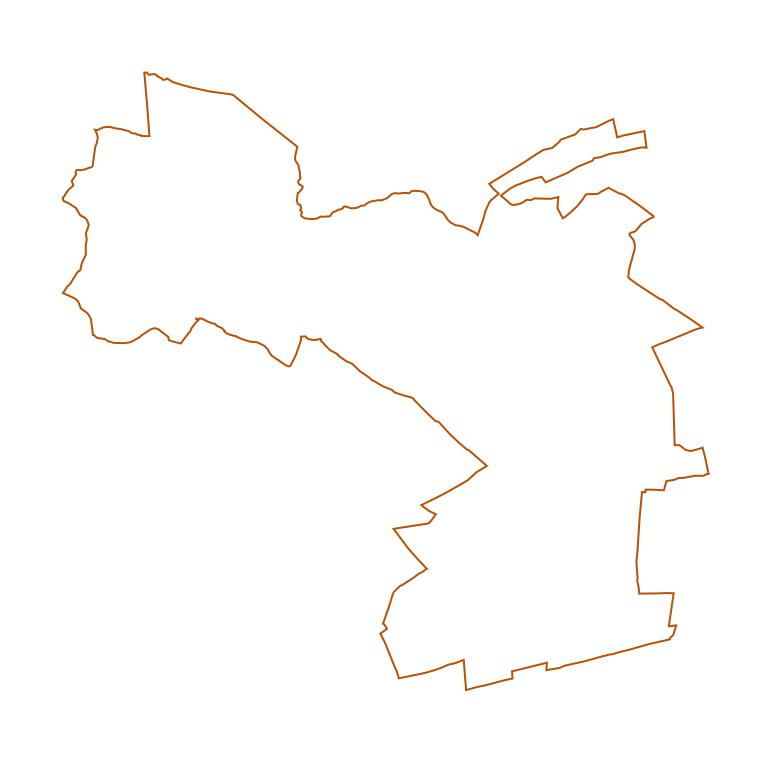 Horlesti, Iasi, Romania (orthographic projection), rotated 92°
{"feature_id": "2599482B24639761167340", "entity_name": "Horlesti", "entity_type": "district", "adm_level": 2, "iso_a3": "ROU", "parent_name": "Romania", "parent_adm1": "Iasi", "projection": "orthographic", "projection_center": [27.382, 47.099], "detail": "fine", "context": "isolated", "style": "outline", "palette": "amber", "viewbox_px": 768, "rotation_deg": 92, "n_neighbors": 0, "source": "geoboundaries", "source_scale": "gbopen_adm2", "svg_char_len": 6105}
<svg xmlns="http://www.w3.org/2000/svg" viewBox="0 0 768 768"><g transform="rotate(92 384 384)"><path d="M629.2,89.3L628.2,89.5L624.8,86.2L615.1,83.6L615.2,85.2L616.0,89.0L616.1,90.9L583.0,87.2L583.1,94.5L583.7,102.5L584.6,121.6L577.9,122.5L572.0,124.0L568.5,123.8L553.0,125.6L543.5,124.9L507.4,123.8L483.0,122.4L483.1,119.1L480.5,118.9L480.2,110.4L480.4,106.5L480.4,100.6L471.2,98.4L469.6,90.4L467.8,86.7L467.5,85.5L467.5,82.1L466.5,77.3L466.2,76.9L465.7,73.0L464.9,71.2L464.6,61.2L463.8,60.6L463.4,59.6L462.5,57.2L462.5,56.5L445.9,60.6L436.4,63.4L436.9,64.2L440.0,73.9L440.2,76.3L439.3,80.3L434.8,86.6L434.9,91.4L384.0,94.7L381.7,95.2L376.6,96.8L376.3,97.3L338.0,117.2L334.7,110.6L332.2,104.3L319.2,75.8L317.7,72.0L316.5,67.7L309.6,78.1L300.4,93.2L298.6,96.9L290.5,108.2L289.9,109.4L289.6,111.1L275.4,134.6L271.3,140.6L269.6,142.9L268.7,143.6L261.5,143.2L240.8,138.3L236.6,138.1L232.7,139.1L230.5,140.4L226.8,143.7L225.2,143.8L224.1,142.2L223.3,139.7L222.3,137.8L215.2,132.4L210.3,125.5L207.8,120.4L207.0,120.5L206.4,121.2L198.1,132.9L186.9,150.3L185.4,154.3L185.5,155.3L180.1,166.5L184.4,174.0L186.1,176.2L186.7,178.0L187.2,187.7L188.0,189.1L189.1,190.0L192.0,191.5L199.6,197.1L206.3,203.9L210.3,208.4L212.2,211.1L202.2,216.8L191.1,216.3L193.1,223.9L193.3,239.8L193.6,241.1L195.1,243.4L194.9,247.6L196.2,249.8L197.3,250.8L198.4,252.9L199.5,255.7L200.5,259.9L200.3,262.5L199.7,264.0L197.1,266.8L191.8,273.7L184.5,265.2L181.1,259.4L175.7,246.8L172.6,238.1L171.5,233.6L176.8,229.6L176.7,229.2L166.6,208.0L160.1,198.0L153.5,183.3L151.3,182.3L150.8,181.1L149.8,175.7L147.0,168.9L145.8,165.2L143.6,153.0L141.0,144.6L138.6,135.2L138.5,131.8L138.7,129.9L122.2,132.6L127.1,152.8L129.4,159.5L111.4,164.2L112.5,167.1L120.0,181.2L122.7,193.4L122.2,196.3L127.9,201.6L133.7,216.1L135.5,216.9L141.9,223.7L142.3,224.4L144.4,232.6L148.7,239.3L157.4,251.4L180.3,285.8L185.0,281.7L189.8,276.0L196.8,283.6L199.2,285.3L207.5,288.6L216.1,290.6L232.0,295.6L230.3,297.2L229.4,298.6L224.0,310.4L223.0,315.5L223.0,317.6L220.7,322.3L219.6,323.9L217.3,326.2L211.3,330.6L209.7,333.2L208.5,336.5L206.8,339.7L204.9,342.1L201.4,344.2L198.6,345.1L193.8,347.6L191.7,349.5L190.6,351.4L190.2,353.3L189.9,357.7L189.8,359.9L190.4,363.2L190.6,363.7L192.4,365.2L192.6,365.9L192.3,368.3L192.4,372.2L193.0,374.4L193.1,377.5L192.8,379.3L193.5,381.9L194.1,383.0L198.2,387.5L199.9,391.3L200.5,393.3L200.6,397.0L201.3,399.3L201.4,401.3L201.7,402.3L203.3,406.1L206.4,410.2L206.7,413.2L208.8,417.0L209.6,422.4L209.4,423.9L208.3,426.7L208.0,430.0L208.3,430.5L209.6,431.2L210.8,432.8L211.4,435.9L212.7,437.8L214.4,441.4L217.7,443.5L218.5,444.8L218.5,446.5L219.0,449.9L218.8,452.7L220.9,456.7L221.6,460.2L221.7,463.4L221.2,468.9L219.4,472.1L218.9,472.5L217.4,472.7L215.1,472.0L213.2,473.8L211.6,472.9L208.9,473.5L207.7,474.2L207.7,475.7L207.1,476.4L203.7,477.5L196.0,476.8L195.6,475.7L191.6,472.6L189.8,472.1L189.0,472.6L187.5,475.7L186.2,476.5L184.3,476.8L182.0,475.1L181.1,474.7L177.9,475.4L175.8,475.3L170.6,476.8L168.4,477.1L163.7,480.4L162.3,480.8L159.4,480.7L149.9,478.9L123.4,514.9L100.5,544.7L99.7,548.1L97.7,568.6L94.3,587.2L92.3,595.8L89.7,605.5L86.3,611.3L87.4,613.5L87.8,615.4L86.4,616.8L84.5,620.9L83.2,622.0L82.7,623.6L82.2,624.1L82.6,627.1L83.3,629.5L83.1,630.1L81.0,631.8L81.2,634.4L115.8,630.2L144.4,627.1L144.7,630.2L144.4,635.4L144.0,635.4L143.6,636.8L143.4,639.5L142.3,640.9L142.3,643.7L141.9,645.2L140.0,648.3L139.7,649.7L139.6,651.2L138.6,654.8L137.9,661.1L136.7,667.0L136.8,670.4L137.4,673.7L140.4,679.5L140.0,681.7L143.9,679.7L147.7,678.6L153.9,679.6L155.9,680.5L159.3,681.1L176.0,682.8L177.2,683.5L177.6,684.2L179.1,688.6L180.0,690.4L180.9,694.6L180.7,697.1L181.0,698.8L182.9,699.5L185.9,699.2L191.5,702.9L192.4,703.1L196.0,701.4L197.0,701.7L200.2,705.4L203.4,707.9L207.6,710.1L209.0,711.5L210.2,711.4L212.3,710.5L214.5,705.2L219.0,697.9L225.5,693.8L226.2,693.0L228.2,689.0L229.2,687.8L231.2,686.2L235.0,684.7L237.8,685.2L243.7,687.2L250.0,686.1L255.6,686.9L265.2,686.5L274.1,690.3L280.4,691.4L281.2,691.9L283.2,694.5L293.9,700.5L296.3,702.2L297.5,703.8L304.4,708.0L308.6,697.5L309.9,695.1L312.3,692.5L319.0,689.6L323.6,682.9L324.5,682.1L328.9,679.3L330.5,678.9L345.1,676.6L345.3,675.7L347.7,672.6L348.1,671.5L348.2,668.9L348.7,667.0L348.6,665.0L351.2,660.6L351.6,658.0L352.3,655.9L352.3,645.2L351.3,639.8L349.7,636.3L345.6,629.7L343.7,627.8L337.8,619.5L336.2,615.5L336.9,611.8L344.4,601.4L347.8,600.4L349.1,595.6L350.6,588.4L344.8,584.6L341.5,581.9L340.0,581.2L337.8,579.3L335.1,578.4L329.2,574.2L326.7,571.8L325.6,573.9L325.1,573.9L325.9,571.3L325.7,570.8L324.8,570.2L325.3,567.6L327.9,562.2L329.3,557.9L329.6,555.8L330.2,554.4L331.4,553.6L333.9,547.9L334.7,546.8L335.7,545.9L336.9,545.5L336.9,544.9L337.5,544.9L339.4,542.2L340.9,536.6L341.3,533.6L342.0,532.9L342.6,531.6L342.7,530.2L343.6,529.1L346.0,520.8L346.4,518.8L346.7,512.4L350.0,504.9L353.8,501.0L356.2,499.9L359.5,497.3L363.3,491.7L363.6,490.5L364.8,489.1L368.8,482.7L369.7,479.7L369.5,478.8L368.8,478.0L357.6,472.9L343.2,468.5L339.6,468.7L339.2,464.2L341.8,461.3L342.5,455.0L341.1,448.8L342.8,448.5L347.6,443.9L352.1,439.0L355.8,431.5L356.8,431.2L362.5,422.7L364.8,416.6L371.9,408.7L378.4,398.6L380.4,396.5L381.9,393.1L386.2,385.3L389.7,375.6L391.6,373.7L392.5,371.8L394.7,364.1L396.3,356.8L397.3,354.4L399.3,352.8L411.7,339.8L419.3,331.2L419.7,328.3L432.2,316.0L440.8,306.2L446.6,298.8L446.8,297.4L462.3,278.4L468.8,288.3L476.8,296.4L478.7,299.2L489.3,316.2L494.6,325.5L503.7,342.5L505.8,339.9L506.7,338.1L509.4,334.5L512.3,327.6L519.3,332.3L521.8,334.7L528.4,369.4L547.7,353.9L556.6,345.4L567.3,334.7L567.6,335.9L569.8,338.1L573.0,343.5L576.1,347.1L583.8,358.1L585.6,361.3L591.1,366.6L593.6,367.8L605.2,370.9L623.6,376.6L624.9,374.9L628.5,372.5L633.6,378.9L642.5,374.0L667.1,363.1L669.8,361.5L677.6,358.9L671.4,333.2L668.1,323.1L666.0,317.9L662.1,309.4L660.6,303.3L657.0,294.7L687.0,291.3L683.1,278.6L681.5,271.9L675.8,253.1L673.9,245.3L666.7,246.0L656.9,211.5L664.3,211.7L661.7,198.9L659.1,193.2L654.4,174.8L648.1,154.8L647.8,153.2L646.5,149.2L646.0,146.0L644.5,141.9L640.7,128.7L634.7,110.2L629.2,89.3Z" fill="none" stroke="#b45309" stroke-width="2"/></g></svg>